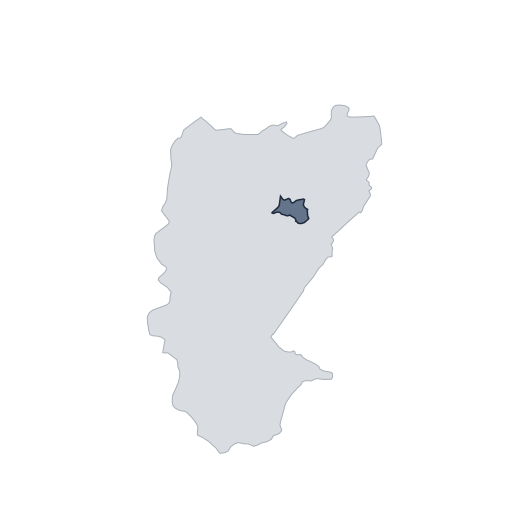 where Kouritenga sits in Burkina Faso, rotated 305°
{"feature_id": "BFA-2829", "entity_name": "Kouritenga", "entity_type": "Province", "adm_level": 1, "iso_a3": "BFA", "parent_name": "Burkina Faso", "parent_adm1": "", "projection": "albers", "projection_center": [-0.3, 12.177], "detail": "fine", "context": "in_parent", "style": "filled", "palette": "slate", "viewbox_px": 512, "rotation_deg": 305, "n_neighbors": 0, "source": "natural_earth", "source_scale": "10m", "svg_char_len": 3901}
<svg xmlns="http://www.w3.org/2000/svg" viewBox="0 0 512 512"><g transform="rotate(305 256 256)"><path d="M370.2,315.2L358.3,315.7L354.0,317.0L351.4,317.0L351.3,316.0L351.0,315.3L336.0,311.7L325.5,309.5L314.9,307.1L314.3,309.4L312.7,310.9L310.4,311.0L308.8,310.6L307.8,312.3L306.0,314.6L303.6,315.7L301.1,317.1L299.8,318.4L298.8,318.4L296.4,315.5L293.1,315.2L287.1,315.7L284.4,314.9L280.6,314.5L271.9,315.0L257.9,313.8L255.6,314.4L255.0,314.9L241.1,315.0L225.8,315.1L213.1,315.1L201.9,315.1L201.9,314.6L198.3,314.5L197.9,315.5L194.6,327.2L194.2,333.5L195.8,337.5L197.7,340.0L199.8,341.1L200.0,342.5L198.3,344.3L198.4,346.2L200.4,348.2L200.9,350.2L199.8,352.3L200.0,357.5L201.5,365.6L201.5,370.9L200.0,373.3L200.7,377.4L203.4,383.3L203.8,385.7L202.8,386.8L200.5,388.3L198.2,388.3L195.5,384.7L194.3,383.1L192.2,379.5L190.4,375.9L187.9,374.3L185.4,372.9L182.5,368.3L179.6,366.1L176.5,366.7L172.1,365.8L163.1,364.5L153.4,364.7L149.3,365.7L145.3,367.3L135.2,370.8L131.2,372.6L128.1,377.1L124.7,377.0L121.3,375.4L119.2,373.3L114.6,373.7L110.2,371.6L105.9,367.6L102.8,366.2L98.8,363.3L97.8,357.8L95.3,354.0L93.1,348.6L89.6,346.1L85.6,344.8L80.1,345.0L76.5,342.8L73.7,339.6L74.5,336.9L75.8,333.1L76.1,329.4L77.0,323.4L76.6,315.9L75.7,310.7L78.8,308.6L82.4,306.7L84.7,303.2L87.1,295.3L88.2,288.4L87.5,285.8L86.4,283.8L85.5,280.8L85.0,277.2L85.7,274.0L88.4,271.1L91.8,268.8L94.2,267.6L100.5,266.5L108.4,264.8L113.0,262.8L116.3,260.8L118.2,259.2L120.1,255.9L123.2,253.4L125.6,250.8L126.0,243.5L126.1,239.3L124.3,237.0L123.4,235.0L135.1,229.5L135.3,225.5L133.7,221.0L131.5,217.3L130.7,214.2L133.9,210.5L136.8,207.8L138.9,205.5L143.6,202.0L148.3,201.1L152.6,202.5L165.2,211.1L167.3,211.7L170.0,211.1L173.4,208.9L177.7,207.2L179.4,201.6L179.3,193.3L180.3,189.5L182.6,188.8L189.9,190.5L191.8,190.6L193.9,190.1L195.5,188.7L195.4,186.0L195.1,183.6L197.6,176.0L201.9,170.2L210.8,163.1L213.5,161.7L216.7,161.0L232.3,166.0L234.9,164.8L238.8,152.6L243.0,151.4L248.1,151.2L251.4,150.2L253.1,149.3L260.6,144.7L273.7,138.4L280.8,135.7L282.2,134.7L287.3,130.2L294.0,125.1L298.2,124.0L304.1,123.7L307.8,124.5L308.8,126.0L310.1,126.7L317.8,124.5L328.8,128.0L338.3,131.4L337.7,133.6L337.7,137.5L336.9,143.6L335.9,150.9L339.9,155.6L344.6,160.7L345.9,162.6L344.7,167.6L345.6,170.6L348.1,175.5L352.3,181.7L356.7,188.0L359.8,188.9L362.6,189.4L364.4,190.5L367.0,191.6L369.5,192.3L371.7,193.7L373.2,195.1L375.0,199.0L380.0,201.6L383.4,204.2L382.0,205.5L377.7,205.0L373.7,203.9L373.2,205.8L373.0,213.0L373.7,219.0L374.7,219.8L378.7,220.9L388.5,228.7L397.3,236.0L400.3,237.9L405.1,238.6L410.6,238.9L412.9,238.2L418.1,234.4L420.9,234.0L423.5,234.1L424.9,234.7L427.5,237.7L429.9,242.2L430.6,245.6L430.4,247.5L429.6,248.2L425.3,249.1L423.4,249.8L423.0,250.8L423.7,253.1L424.5,254.5L429.3,261.1L436.2,270.0L438.3,272.3L437.2,275.0L433.8,282.0L431.2,284.9L419.8,294.9L414.1,293.8L402.3,295.9L400.5,293.6L397.7,293.3L394.3,293.7L393.0,294.6L392.7,295.6L391.5,297.0L389.3,300.9L387.6,301.9L385.5,302.5L382.9,302.5L381.4,303.0L381.4,304.9L381.0,306.6L379.2,307.5L378.5,309.4L378.6,311.2L377.6,312.1L375.4,311.6L374.0,311.1L372.8,313.5L371.3,315.2L370.2,315.2Z" fill="#d9dde1" stroke="#a8b0b8" stroke-width="1"/><path d="M307.3,268.6L307.7,268.6L308.6,267.7L309.3,265.9L308.9,261.5L309.2,260.8L306.7,258.4L306.4,257.4L306.1,256.0L304.9,252.8L305.4,251.0L305.1,249.9L304.4,248.5L302.9,247.2L300.9,246.0L300.5,244.6L300.5,244.3L301.0,244.3L308.5,246.1L310.8,246.0L319.1,241.7L317.8,245.7L318.3,247.6L320.2,248.6L321.9,249.8L321.9,251.5L320.5,253.3L320.2,255.2L321.6,256.3L324.7,257.2L325.4,258.0L326.9,259.1L327.9,260.3L329.9,262.2L330.0,263.4L329.0,263.7L327.7,264.4L326.2,264.8L324.8,265.8L323.8,267.8L323.6,269.5L323.8,270.8L323.6,271.7L323.3,271.6L322.7,271.9L318.6,275.2L317.0,277.7L315.8,277.6L311.1,276.4L308.9,274.8L307.5,272.9L307.0,271.5L307.4,270.3L307.4,269.1L307.3,268.6Z" fill="#64748b" stroke="#1e293b" stroke-width="1.5"/></g></svg>